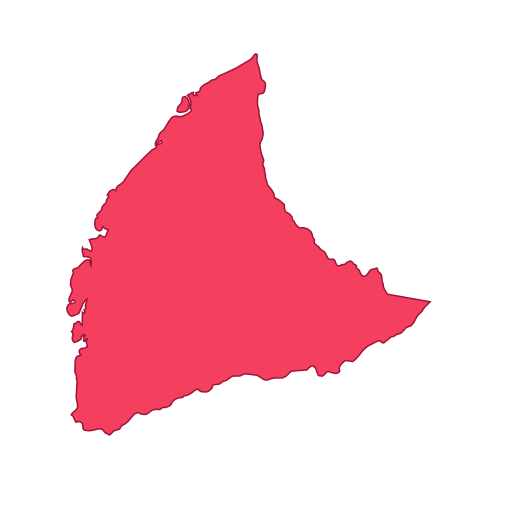 the border of Nampula, rotated 189°
{"feature_id": "MOZ-1200", "entity_name": "Nampula", "entity_type": "Province", "adm_level": 1, "iso_a3": "MOZ", "parent_name": "Mozambique", "parent_adm1": "", "projection": "equal_earth", "projection_center": [39.254, -15.162], "detail": "fine", "context": "isolated", "style": "filled", "palette": "rose", "viewbox_px": 512, "rotation_deg": 189, "n_neighbors": 0, "source": "natural_earth", "source_scale": "10m", "svg_char_len": 6101}
<svg xmlns="http://www.w3.org/2000/svg" viewBox="0 0 512 512"><g transform="rotate(189 256 256)"><path d="M407.6,63.6L409.1,65.2L411.7,69.2L413.5,70.0L413.6,70.7L412.5,72.5L409.6,76.0L408.6,78.3L408.9,80.9L411.3,87.7L411.7,89.8L413.0,103.7L414.2,106.8L414.4,109.4L416.3,112.1L417.0,114.1L417.2,117.0L418.0,122.1L418.2,124.5L417.8,127.7L416.8,129.1L413.4,130.8L414.4,131.6L415.2,132.7L415.7,134.1L415.5,135.7L414.6,137.0L413.5,137.5L411.0,138.0L408.5,140.0L409.0,142.0L410.3,144.4L409.8,147.7L411.0,147.2L412.0,144.9L412.7,144.9L413.3,145.9L412.9,148.2L413.9,149.3L412.1,150.9L413.0,151.6L413.9,151.5L415.7,150.1L415.7,146.7L417.9,144.5L422.1,142.1L423.2,143.1L424.3,144.7L424.7,146.5L424.5,150.0L425.0,151.3L426.4,152.5L425.5,154.1L425.1,156.3L425.2,160.5L424.0,161.0L422.0,163.2L421.1,163.7L419.9,163.2L418.2,160.9L416.9,160.5L418.6,173.3L417.1,172.6L416.3,173.3L416.4,174.7L417.4,175.7L415.7,178.1L416.2,179.4L416.8,179.7L416.2,185.1L416.2,186.9L418.1,184.7L419.4,182.0L421.8,172.2L422.4,171.3L427.7,168.0L428.8,167.7L431.2,168.8L433.5,171.5L434.8,175.0L433.8,178.5L432.7,179.5L428.7,180.9L427.6,182.2L427.7,183.3L428.6,183.8L429.9,183.8L430.8,182.9L431.6,181.8L432.4,181.2L433.5,182.1L434.0,183.7L433.8,185.7L432.0,192.4L432.2,193.6L432.9,195.6L434.2,197.1L434.8,198.9L434.8,200.5L435.2,203.1L433.8,210.6L433.8,211.2L434.7,212.7L434.4,214.0L434.0,214.5L429.9,216.7L428.8,218.6L424.5,224.3L423.1,225.3L421.5,225.9L420.0,226.0L419.3,225.3L418.3,221.8L417.3,220.5L417.8,224.9L418.2,226.8L419.7,228.4L421.1,228.7L425.2,228.7L426.3,228.4L428.1,232.9L428.7,235.4L428.6,237.2L427.4,235.8L426.5,235.7L424.5,236.5L419.7,234.8L418.9,236.9L420.0,240.3L423.3,246.0L420.6,247.3L417.9,247.7L415.5,248.9L413.7,252.4L410.7,251.3L409.0,251.1L407.8,251.6L407.3,252.8L406.6,257.0L406.0,258.7L409.1,259.3L410.6,260.1L411.9,261.2L412.6,257.7L414.4,256.3L416.6,256.7L418.8,258.4L419.9,260.9L420.6,264.7L420.2,267.9L418.4,269.1L419.5,270.9L419.3,272.4L416.0,277.0L415.6,277.8L415.8,279.6L415.5,280.6L414.6,282.4L412.5,285.1L412.3,286.0L412.4,287.9L411.4,290.3L411.1,292.0L411.4,293.3L412.4,293.1L411.1,296.3L410.1,297.6L407.7,299.3L406.9,299.4L404.7,298.7L404.4,301.7L403.1,303.8L399.6,307.1L398.3,309.1L392.9,320.7L375.7,344.1L372.0,346.9L371.5,347.9L370.9,350.7L368.0,351.9L367.0,352.7L366.7,353.7L367.7,355.0L369.5,353.7L372.6,349.7L373.1,352.3L372.4,354.4L371.4,356.3L370.5,361.4L369.5,363.2L366.7,366.5L363.1,375.4L360.7,379.8L357.7,381.6L352.2,381.8L350.6,382.4L345.3,386.1L342.7,389.0L342.4,389.5L342.6,390.5L343.2,390.9L344.1,391.1L344.1,396.7L344.8,399.1L345.9,401.2L347.3,402.8L348.9,403.9L345.0,407.1L343.5,407.8L342.9,404.6L341.2,405.4L339.4,405.4L341.1,407.8L338.8,408.9L337.9,409.6L337.0,411.0L337.2,411.9L337.2,412.8L336.7,413.8L335.3,415.7L333.6,417.4L330.0,419.9L327.5,422.7L324.0,424.1L323.1,424.9L321.0,427.8L305.7,438.0L292.6,448.8L291.2,450.4L288.9,454.7L287.7,455.7L286.1,454.7L286.1,455.2L286.0,449.6L284.8,447.2L284.3,445.5L282.1,442.0L281.4,439.3L278.5,432.0L277.4,430.9L274.7,429.2L274.2,428.6L273.4,426.6L273.2,424.4L273.3,420.6L273.6,419.3L274.5,418.0L275.4,417.5L277.6,416.8L278.6,416.2L279.0,415.2L279.2,413.0L278.6,407.9L277.8,404.3L276.1,400.9L275.0,395.7L273.9,393.5L272.8,390.2L270.4,385.5L268.1,378.2L268.0,377.6L268.2,372.6L269.5,368.6L269.6,367.3L269.4,366.0L267.7,360.3L265.9,356.4L264.1,353.5L263.4,351.9L263.3,350.6L263.6,348.5L263.5,347.2L262.9,345.9L261.4,343.8L261.1,343.0L260.9,341.0L259.6,338.4L258.6,334.1L256.8,330.8L255.8,328.1L250.6,323.5L250.1,322.6L248.6,321.2L247.9,319.7L247.4,317.2L246.0,316.2L241.8,314.8L236.6,311.6L236.0,310.8L235.1,306.6L234.3,305.2L233.2,304.1L229.6,302.9L226.7,300.5L225.6,297.6L223.6,295.9L222.6,294.4L220.6,292.4L217.6,290.5L213.4,291.5L208.8,290.6L206.5,289.3L205.2,288.2L204.1,286.5L202.6,282.9L200.9,281.4L200.6,280.2L200.8,279.0L200.3,277.9L197.8,275.9L195.7,275.0L193.6,273.0L189.3,270.8L188.1,269.9L184.5,264.8L184.0,264.5L180.8,264.4L179.8,265.0L178.7,264.9L177.5,263.9L175.3,260.1L174.5,259.4L173.9,259.2L171.9,259.4L169.9,260.9L167.1,261.5L165.5,263.6L163.2,265.3L161.8,265.8L161.2,265.7L159.5,264.7L158.2,263.3L155.9,262.7L155.3,261.8L155.0,260.3L154.5,259.8L151.7,258.0L149.7,254.5L147.8,253.1L147.1,252.8L146.0,252.9L145.0,253.3L143.7,254.5L143.2,255.3L141.5,259.0L140.6,260.2L139.8,260.8L137.4,261.5L135.0,263.0L134.5,262.8L134.0,262.1L133.0,259.9L130.2,258.1L129.1,256.8L127.3,250.4L126.0,248.1L125.2,245.2L123.5,242.6L120.2,238.8L76.8,238.0L81.3,232.1L82.5,229.8L83.3,227.5L87.2,222.3L89.7,215.3L92.0,211.3L96.6,208.8L97.6,206.9L100.2,203.2L101.3,202.1L104.9,200.5L107.1,198.3L109.8,197.3L116.2,190.2L117.3,190.0L118.3,190.3L120.5,191.7L122.2,191.3L131.0,184.9L134.1,181.6L136.5,178.0L139.6,172.4L143.0,167.8L144.3,166.9L151.1,166.9L152.7,165.4L154.7,162.7L156.2,159.8L156.1,157.7L155.3,155.3L156.4,153.6L158.3,152.7L160.0,152.4L166.8,153.2L168.0,152.5L170.3,149.0L171.8,147.7L175.6,147.7L177.6,150.7L179.4,154.4L182.6,156.4L183.9,156.0L185.5,154.7L186.8,153.3L187.3,152.1L188.2,151.4L202.8,147.8L204.5,146.1L207.5,142.0L210.9,139.7L218.5,138.5L221.9,137.2L224.5,135.6L227.2,135.0L229.8,135.5L233.1,137.2L236.5,138.4L247.4,138.0L249.4,137.6L252.3,135.4L253.6,134.9L259.5,133.9L261.1,133.2L265.9,128.4L268.6,127.2L272.3,123.7L277.5,122.3L278.4,121.7L278.8,118.9L280.1,116.7L281.8,115.0L283.7,114.0L287.5,113.5L289.7,113.6L292.9,115.4L295.0,114.2L298.0,110.9L301.1,108.4L303.0,107.3L305.5,106.5L306.4,104.8L310.5,103.7L312.2,102.6L314.2,101.0L315.7,99.0L316.9,95.5L318.2,94.3L319.8,93.2L321.1,92.5L324.8,91.6L326.6,89.5L327.5,89.2L331.0,88.9L334.3,87.6L339.3,82.7L341.2,82.0L344.8,82.0L347.5,82.8L348.6,82.8L351.5,80.8L356.4,72.9L358.7,70.0L361.2,68.2L362.4,66.9L363.6,63.8L365.2,62.8L368.9,61.2L371.8,57.2L372.9,56.3L373.4,56.4L373.9,56.9L377.1,57.6L380.2,60.5L383.7,60.9L390.9,58.0L394.2,57.2L398.3,57.2L399.8,58.2L400.4,60.8L401.3,63.4L403.3,64.7L405.7,64.8L407.6,63.6ZM353.6,386.0L356.5,386.4L356.7,389.0L356.3,391.4L354.0,394.5L353.3,397.8L353.5,399.9L353.0,401.5L350.9,402.4L349.0,401.5L346.9,399.3L345.6,395.3L345.9,390.8L346.9,388.8L349.4,387.2L353.6,386.0Z" fill="#f43f5e" stroke="#9f1239" stroke-width="1.5"/></g></svg>